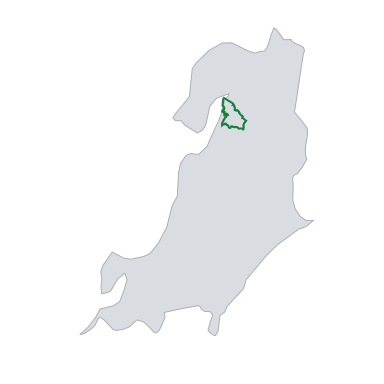 Abangares, Guanacaste, Costa Rica shown in context, rotated 79°
{"feature_id": "36466004B17800837418236", "entity_name": "Abangares", "entity_type": "district", "adm_level": 2, "iso_a3": "CRI", "parent_name": "Costa Rica", "parent_adm1": "Guanacaste", "projection": "orthographic", "projection_center": [-85.008, 10.251], "detail": "fine", "context": "in_parent", "style": "outline", "palette": "green", "viewbox_px": 384, "rotation_deg": 79, "n_neighbors": 0, "source": "geoboundaries", "source_scale": "gbopen_adm2", "svg_char_len": 5900}
<svg xmlns="http://www.w3.org/2000/svg" viewBox="0 0 384 384"><g transform="rotate(79 192 192)"><path d="M337.4,196.3L336.9,197.9L335.4,199.6L333.3,201.4L330.5,202.6L323.5,199.1L316.7,195.1L313.0,196.9L311.6,202.2L309.2,204.9L306.0,206.0L304.7,207.7L304.6,225.4L304.9,242.1L310.0,242.4L318.6,248.2L322.3,251.5L323.5,254.7L322.4,256.2L316.2,259.9L310.1,264.6L307.1,270.3L312.5,279.5L313.7,285.8L313.5,292.4L312.1,295.6L300.2,303.2L297.7,305.9L298.0,307.8L304.6,313.0L307.7,318.0L310.3,324.1L310.7,329.4L304.7,319.6L296.4,310.3L289.3,304.6L288.7,291.2L285.8,283.9L275.0,277.2L265.7,272.5L258.9,273.5L263.1,281.3L274.0,291.1L274.7,294.9L274.6,300.0L267.1,299.3L260.5,297.2L252.5,296.6L247.2,293.6L235.8,281.8L243.8,271.7L246.3,265.0L246.0,251.3L244.2,244.6L235.4,234.5L221.6,223.4L202.2,214.4L193.1,207.1L170.4,201.5L161.8,197.8L155.0,190.9L154.0,185.9L156.4,178.3L150.1,168.6L123.1,149.5L108.1,142.4L104.8,138.3L102.5,137.0L104.8,150.2L111.3,158.1L128.6,165.6L133.3,169.9L135.2,175.5L125.2,186.2L120.1,189.0L118.6,194.8L115.4,196.6L111.9,193.2L98.0,176.4L71.0,168.2L66.1,163.3L56.1,147.9L51.5,133.8L53.2,124.4L64.3,109.9L67.8,103.5L67.1,99.6L67.4,93.8L63.3,89.8L53.1,84.5L46.6,80.3L48.4,78.2L60.1,72.6L60.9,67.5L60.8,65.8L62.7,65.5L64.4,64.1L65.5,62.7L68.7,57.8L71.5,55.0L74.7,54.6L78.6,56.7L93.4,62.0L109.8,67.8L133.2,76.2L142.9,70.8L151.2,66.8L157.0,67.3L169.6,72.1L177.2,73.6L181.8,73.1L189.9,80.1L194.3,85.3L195.0,88.8L197.5,90.7L203.7,91.1L219.1,94.6L228.5,93.9L237.0,90.1L241.6,85.5L243.1,78.4L245.2,81.9L247.8,87.4L248.9,94.5L260.1,118.2L268.9,131.5L288.4,155.5L296.7,159.9L311.0,179.3L315.9,182.5L318.7,188.2L333.3,192.8L337.4,196.3Z" fill="#d9dde1" stroke="#a8b0b8" stroke-width="1"/><path d="M129.7,127.4L129.4,127.9L129.1,128.0L128.9,128.4L128.9,128.5L128.6,128.4L128.3,128.3L128.3,128.2L128.0,128.1L127.8,128.0L127.7,127.9L127.6,128.0L127.4,128.2L127.0,128.2L126.7,128.1L126.5,128.3L126.4,128.7L126.3,128.8L125.9,129.0L125.7,129.3L125.4,129.5L124.8,129.8L124.4,130.2L124.1,130.3L124.0,130.5L123.9,130.5L123.7,130.4L123.6,130.2L123.4,130.2L123.2,130.4L123.1,130.6L122.9,130.7L122.7,130.6L122.4,130.5L122.1,130.6L121.8,130.9L121.6,131.1L121.4,131.3L121.2,131.4L121.1,131.6L120.8,131.5L120.7,131.8L120.2,132.0L120.2,132.5L120.3,132.7L120.3,133.0L120.5,133.1L120.5,133.3L120.4,133.4L120.4,133.5L120.2,133.7L119.9,133.9L119.8,134.0L119.7,134.4L119.6,134.5L119.3,134.3L119.1,134.3L119.0,134.2L118.7,134.2L118.3,133.9L118.2,133.8L117.7,133.7L117.3,133.8L117.2,134.0L116.7,134.1L116.4,134.2L116.2,134.1L115.9,134.1L115.7,134.0L115.4,134.1L115.0,134.1L114.9,134.2L114.9,134.4L114.9,134.5L114.6,134.5L114.4,134.6L114.2,134.7L114.2,135.0L114.0,134.8L113.9,134.8L113.7,134.8L113.3,134.8L113.2,134.8L112.9,134.9L112.8,135.0L112.7,135.0L106.9,141.5L106.6,141.7L106.4,142.0L106.2,142.1L105.9,142.4L105.8,142.5L105.7,142.7L106.4,143.2L106.5,143.4L106.6,143.6L107.0,143.7L107.3,143.8L108.5,144.3L108.9,144.4L109.3,144.4L109.4,144.5L109.6,144.5L109.8,144.4L110.0,144.4L110.2,144.6L110.3,144.8L110.5,145.0L110.9,145.0L111.2,144.8L111.4,144.8L111.5,145.0L111.8,145.2L112.0,145.3L112.3,145.4L112.5,145.4L112.7,145.5L112.9,145.6L113.1,145.6L113.3,145.5L113.5,145.5L113.7,145.4L113.7,145.0L114.0,144.7L114.7,144.4L114.8,144.3L115.5,144.3L115.6,144.2L115.8,144.2L116.4,144.4L116.9,144.6L117.0,144.7L117.1,144.8L116.9,145.1L116.9,145.3L116.9,145.6L117.0,145.9L117.1,146.0L117.3,146.0L117.6,146.3L118.1,146.5L118.6,147.0L119.0,147.0L119.1,146.9L119.3,146.5L119.2,146.3L119.0,146.2L118.8,146.0L118.7,145.9L118.7,145.7L119.0,145.6L119.4,145.7L119.5,145.6L119.4,145.2L119.5,144.9L119.7,145.0L119.8,145.1L120.0,145.2L120.3,144.9L120.6,145.0L120.8,145.3L121.0,145.5L121.5,145.5L121.6,145.3L121.8,145.3L121.8,145.5L122.0,145.5L122.4,145.6L122.7,145.7L122.8,145.6L122.8,145.3L122.8,145.2L122.9,144.7L122.7,144.7L122.4,144.6L122.3,144.4L122.2,144.3L122.3,143.9L122.2,143.8L122.1,143.7L121.9,143.5L122.0,143.4L122.1,143.0L121.9,142.9L122.3,142.5L122.4,142.4L122.6,142.3L122.7,142.2L122.9,142.0L123.1,142.0L122.9,142.4L122.8,142.6L123.1,143.0L123.8,143.4L124.0,143.6L124.5,143.8L124.8,144.0L125.0,144.3L125.1,144.5L125.1,144.8L125.0,145.0L125.0,145.3L125.3,145.5L125.5,145.7L125.6,145.8L125.9,145.9L126.1,146.1L126.4,146.2L127.0,146.5L127.1,146.8L127.1,147.1L127.6,147.4L127.9,147.6L128.2,147.7L128.6,147.9L128.8,148.1L129.0,148.2L129.2,148.6L129.4,148.8L129.7,149.0L129.8,149.1L130.4,149.4L130.6,149.5L131.4,149.6L131.7,149.6L131.8,149.8L132.3,149.8L132.2,149.7L131.8,149.6L131.8,149.3L131.9,149.1L131.8,148.9L131.6,148.7L131.6,148.4L131.8,148.3L131.9,148.0L131.8,147.9L131.7,147.7L131.5,147.4L131.5,147.2L131.6,146.8L131.6,146.6L131.2,146.5L131.2,146.4L131.4,146.3L131.3,146.2L131.3,145.9L131.4,145.7L131.5,145.6L132.0,145.5L132.2,145.3L132.4,145.3L132.5,145.3L132.9,145.0L133.0,144.4L133.5,143.9L133.8,143.8L134.0,143.8L134.5,143.7L134.9,143.7L135.0,143.7L135.5,143.6L135.8,143.3L136.0,143.2L136.3,142.9L136.2,142.6L136.1,142.4L136.2,142.2L136.3,142.0L135.7,141.6L135.4,141.4L135.2,141.1L135.0,140.8L135.0,140.4L135.2,140.0L135.3,140.0L135.4,139.9L135.5,139.7L135.8,139.6L135.9,139.4L135.9,139.1L136.0,138.7L136.3,138.4L136.4,138.2L136.5,138.0L136.6,137.9L136.5,137.7L136.5,137.4L136.5,137.1L136.5,136.9L136.5,136.6L136.4,136.5L136.5,136.3L137.0,135.7L137.1,135.3L137.3,134.7L137.8,134.5L138.4,134.3L138.6,134.2L138.8,133.8L138.9,133.7L138.9,133.4L138.9,133.2L138.9,132.8L138.8,132.6L138.9,132.1L139.0,131.7L139.1,131.3L139.2,131.1L139.4,130.6L139.6,130.3L140.4,129.9L140.2,129.6L139.5,129.5L139.3,129.4L139.1,129.3L139.0,129.0L138.9,128.9L138.4,128.8L138.2,128.9L137.6,128.9L137.5,129.0L137.4,129.0L137.2,128.9L136.7,128.8L136.0,128.6L135.9,128.6L135.9,128.4L135.1,128.1L134.9,127.9L134.7,127.8L134.4,127.7L134.2,127.4L133.9,127.2L133.7,126.9L133.6,126.7L133.4,126.6L133.4,126.4L133.2,126.2L133.0,125.8L132.8,125.7L132.6,125.6L132.4,125.3L129.9,127.4L129.7,127.4Z" fill="none" stroke="#15803d" stroke-width="2"/></g></svg>